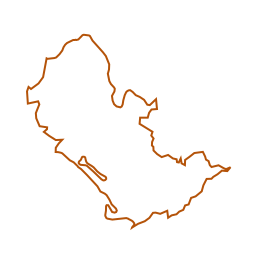 Pap, Namangan, Uzbekistan (Albers equal-area conic projection), rotated 351°
{"feature_id": "79887680B13435458352129", "entity_name": "Pap", "entity_type": "district", "adm_level": 2, "iso_a3": "UZB", "parent_name": "Uzbekistan", "parent_adm1": "Namangan", "projection": "albers", "projection_center": [70.772, 41.09], "detail": "fine", "context": "isolated", "style": "outline", "palette": "amber", "viewbox_px": 256, "rotation_deg": 351, "n_neighbors": 0, "source": "geoboundaries", "source_scale": "gbopen_adm2", "svg_char_len": 2470}
<svg xmlns="http://www.w3.org/2000/svg" viewBox="0 0 256 256"><g transform="rotate(351 128 128)"><path d="M160.2,103.9L153.1,108.8L150.7,108.0L148.3,102.7L144.4,99.1L140.8,96.8L138.3,93.2L136.1,91.0L134.9,90.9L133.3,91.3L131.9,92.2L129.9,95.1L127.7,99.9L126.4,103.9L125.1,105.8L123.7,106.4L120.1,104.9L118.0,102.3L117.1,98.5L117.2,93.8L120.3,89.8L121.1,87.2L120.6,85.8L118.0,81.9L116.9,78.7L116.6,71.1L116.8,70.8L118.4,67.2L119.4,62.2L117.4,53.5L115.1,49.3L109.7,40.9L106.6,36.1L104.8,31.2L104.0,30.5L98.9,29.0L97.6,29.2L92.8,32.8L90.8,33.0L89.8,32.6L89.3,32.8L87.6,32.5L81.1,34.5L79.0,35.9L77.0,38.1L75.2,41.2L71.9,44.4L68.1,47.1L66.3,47.4L59.3,47.1L58.5,46.5L52.1,64.5L46.6,70.0L38.3,74.3L36.2,71.9L34.0,76.0L32.9,88.2L43.4,87.6L44.1,90.8L39.3,98.9L38.9,104.0L41.0,112.4L48.2,114.7L47.8,116.5L44.3,118.7L48.9,123.4L54.8,128.6L61.2,129.3L57.2,132.4L53.6,136.2L52.8,140.4L55.2,140.9L57.8,141.9L59.1,142.7L65.5,150.8L69.0,153.4L72.4,158.0L72.6,158.7L75.3,161.3L80.2,168.1L88.7,180.8L90.8,186.4L94.8,189.2L96.4,191.0L98.5,196.0L99.9,200.8L103.5,205.7L104.0,207.8L103.2,209.1L101.6,209.5L99.2,208.5L96.4,201.2L94.8,200.9L94.1,201.8L93.3,206.2L91.9,210.5L91.9,211.6L92.6,213.6L93.5,214.3L98.2,216.0L112.2,216.7L114.0,217.6L114.1,217.8L117.2,220.1L118.3,221.3L119.3,223.2L119.0,224.5L116.5,226.8L116.4,227.0L117.0,226.7L123.0,224.2L130.0,222.7L135.1,220.1L139.4,215.7L142.0,215.9L146.4,217.8L153.8,215.9L153.6,222.9L157.5,221.1L162.4,220.8L165.5,218.6L169.8,217.5L172.3,213.4L175.9,213.0L179.4,206.9L184.1,206.1L190.9,202.1L193.5,196.4L197.7,190.6L202.5,191.2L204.6,189.6L209.2,187.7L214.1,184.8L219.3,186.1L223.1,182.8L218.4,184.0L216.4,182.8L211.6,179.0L204.4,179.6L203.0,177.5L202.4,173.3L200.1,171.4L199.7,168.2L198.2,163.3L189.6,163.1L184.2,166.1L179.4,168.5L178.4,173.6L175.4,171.3L175.3,166.3L172.8,170.0L171.1,169.4L171.1,166.5L167.6,165.1L163.4,160.9L156.7,162.0L152.7,158.3L149.7,154.2L150.1,150.6L148.9,149.0L149.6,145.6L151.6,142.4L149.8,139.1L151.6,135.6L140.1,125.7L141.6,119.7L149.1,120.9L151.2,116.3L154.1,113.4L159.6,113.8L160.2,103.9ZM95.4,175.9L93.8,174.6L91.0,170.9L86.8,165.3L81.4,158.8L80.3,158.2L77.6,157.5L75.3,156.9L74.3,155.9L73.8,154.9L74.1,153.9L74.8,153.1L76.0,152.5L76.8,151.6L77.5,150.4L78.3,149.4L79.1,149.3L80.3,149.6L81.1,150.3L81.2,152.3L81.4,154.3L81.9,155.8L82.8,156.9L86.1,159.7L87.9,161.5L90.8,166.0L93.6,169.1L98.2,172.7L98.6,173.7L98.5,174.9L97.4,175.8L96.4,176.0L95.4,175.9Z" fill="none" stroke="#b45309" stroke-width="2"/></g></svg>